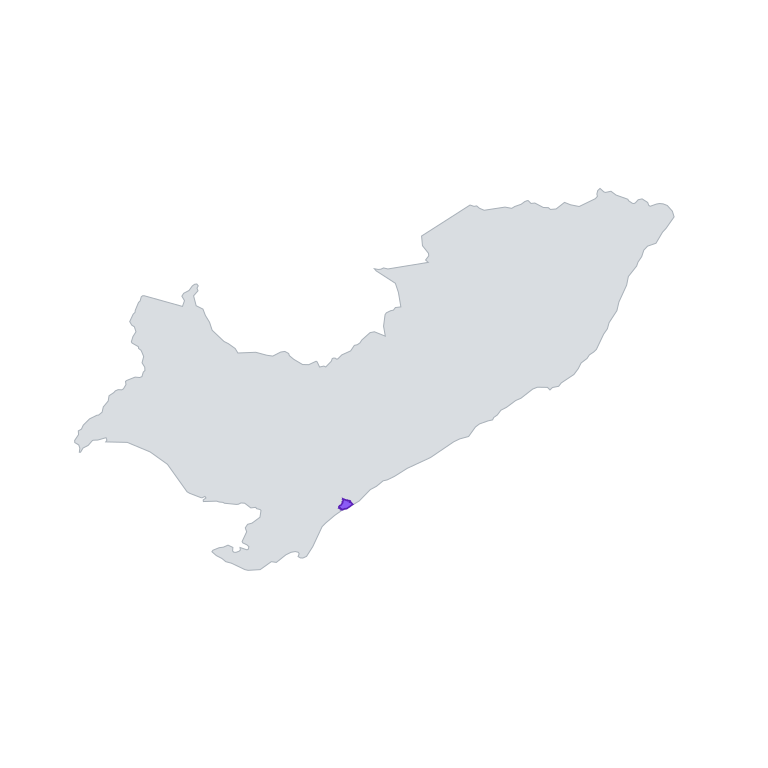 location of Pacasmayo, La Libertad, Peru, rotated 260°
{"feature_id": "86281439B1064179091614", "entity_name": "Pacasmayo", "entity_type": "district", "adm_level": 2, "iso_a3": "PER", "parent_name": "Peru", "parent_adm1": "La Libertad", "projection": "equal_earth", "projection_center": [-79.413, -7.429], "detail": "fine", "context": "in_parent", "style": "filled", "palette": "violet", "viewbox_px": 768, "rotation_deg": 260, "n_neighbors": 0, "source": "geoboundaries", "source_scale": "gbopen_adm2", "svg_char_len": 6274}
<svg xmlns="http://www.w3.org/2000/svg" viewBox="0 0 768 768"><g transform="rotate(260 384 384)"><path d="M515.1,214.8L515.0,217.0L512.9,218.1L510.9,216.5L508.1,217.0L503.9,211.8L493.7,212.6L489.2,218.7L482.5,220.0L475.1,222.9L466.8,224.1L453.7,233.8L450.7,237.8L444.8,243.6L439.9,245.5L437.5,263.2L432.7,273.5L430.8,279.3L433.4,287.8L433.3,292.0L430.6,295.4L428.4,295.7L424.0,299.4L417.3,307.2L416.1,313.2L418.2,321.1L417.4,322.0L411.9,323.5L412.1,327.9L410.9,329.6L415.5,336.0L418.1,337.5L418.3,339.1L417.8,340.7L416.8,341.4L416.7,342.8L420.0,347.5L422.4,356.9L427.2,361.5L427.3,364.5L428.7,367.5L431.2,369.8L437.0,379.2L437.1,383.6L430.9,393.6L441.0,393.6L452.1,397.1L453.7,398.7L455.0,403.2L455.1,406.1L457.3,408.5L457.0,414.0L471.7,414.1L481.2,412.7L496.7,396.0L499.2,394.5L497.8,398.2L497.6,400.9L498.4,403.7L496.6,407.8L496.1,448.7L498.9,446.5L502.4,450.3L505.0,450.5L513.5,445.9L523.2,446.7L545.3,499.8L543.3,503.5L543.3,506.2L540.5,508.5L537.7,512.8L537.2,533.9L534.8,540.3L536.1,543.6L537.2,550.3L539.2,554.3L539.7,556.9L539.5,557.9L536.3,560.1L536.0,564.0L530.2,571.5L529.1,576.5L527.0,578.2L526.5,583.9L531.5,593.3L528.1,598.8L524.9,607.0L529.8,624.3L531.8,626.8L534.1,626.6L537.4,628.1L539.1,630.7L534.9,634.0L534.2,635.4L534.4,641.0L529.8,645.3L523.6,656.2L522.0,656.7L518.8,660.0L518.3,661.6L518.8,663.1L521.3,666.3L521.5,670.3L517.0,675.2L514.0,675.7L512.8,677.0L513.9,683.6L513.9,686.7L512.9,690.2L510.6,694.0L504.1,698.0L498.2,698.7L488.3,688.8L485.2,684.7L475.4,676.3L474.0,667.5L470.7,663.1L464.7,659.9L459.9,655.3L456.3,653.3L447.4,643.3L439.2,640.1L424.0,629.6L415.8,626.1L405.3,616.3L399.6,613.6L395.0,609.0L381.2,599.2L379.1,596.1L377.0,591.3L373.9,588.4L370.5,581.8L365.3,577.9L360.4,572.7L354.3,558.8L351.4,555.6L351.3,549.3L349.3,546.4L352.3,544.4L354.2,534.5L353.2,529.6L346.2,516.4L344.9,510.9L339.8,500.7L337.9,494.6L333.8,490.2L332.0,486.3L329.8,484.7L329.6,480.0L328.1,471.1L325.8,466.6L317.6,458.2L316.8,449.1L315.0,442.7L303.5,417.0L296.9,392.2L291.3,378.5L289.0,370.5L288.8,366.3L284.6,358.9L282.4,352.2L273.1,339.3L267.6,324.9L266.9,320.6L263.2,312.7L257.2,302.4L254.3,298.3L236.2,285.6L227.7,277.8L226.7,273.9L227.2,271.5L229.0,269.4L231.6,271.0L233.2,270.3L234.4,267.5L234.4,263.2L232.8,257.7L227.0,247.0L228.6,242.2L222.7,229.8L224.1,217.8L225.4,214.7L234.1,202.5L236.5,197.3L240.3,194.1L244.1,189.1L248.7,185.4L250.0,186.7L251.4,193.2L251.2,197.5L252.4,202.4L249.3,206.8L245.8,205.9L244.4,206.9L243.9,209.0L244.5,212.3L245.4,213.7L248.0,213.8L244.5,220.2L244.7,221.5L247.2,222.7L249.5,221.0L252.0,217.4L253.5,216.9L262.3,223.1L266.4,222.4L269.5,225.3L269.9,229.8L274.3,238.7L280.8,240.9L281.9,240.2L283.4,236.8L284.8,236.3L285.1,231.3L290.8,226.1L291.7,222.5L290.9,219.9L291.0,217.9L294.3,206.1L295.4,204.9L296.4,201.2L297.7,198.9L299.6,185.7L301.2,185.8L302.7,188.9L304.4,188.1L303.5,185.1L303.8,184.1L310.1,173.6L312.1,171.3L342.5,156.8L357.7,141.9L371.1,121.0L375.3,99.9L376.8,101.4L379.4,100.9L378.5,92.4L379.1,88.3L379.0,87.1L374.9,82.0L373.2,76.5L369.5,73.3L369.7,72.1L373.6,73.3L377.0,72.8L380.0,69.3L382.2,69.6L387.2,74.4L390.9,74.8L392.1,78.2L395.7,80.7L400.8,88.0L403.1,95.9L402.9,97.4L405.2,101.5L410.2,103.6L415.1,109.4L420.2,111.2L422.5,116.5L423.9,118.2L424.6,121.2L423.8,124.7L424.5,126.6L428.3,129.8L431.5,129.9L432.2,131.4L434.0,140.1L432.8,144.5L433.3,146.9L437.5,149.0L438.8,150.9L442.1,151.3L446.9,149.4L452.8,152.1L457.4,151.1L459.5,150.5L461.6,148.5L463.4,148.6L468.1,143.0L469.4,142.5L474.3,145.0L478.5,148.8L483.7,148.1L485.8,145.8L489.6,144.4L496.3,149.1L497.8,151.3L499.7,151.8L506.9,156.4L508.2,158.3L512.0,160.1L512.8,161.6L512.5,163.3L495.4,199.0L500.7,202.0L505.6,200.2L508.1,202.5L510.0,208.3L513.8,212.2L515.1,214.8Z" fill="#d9dde1" stroke="#a8b0b8" stroke-width="1"/><path d="M277.9,323.9L278.0,323.8L278.0,323.7L277.9,323.6L278.0,323.5L277.9,323.5L277.8,323.4L277.7,323.3L277.6,323.5L277.4,323.6L277.2,323.7L277.1,323.8L276.9,323.9L276.7,323.9L276.4,323.8L276.4,323.7L276.2,323.7L276.0,323.3L275.9,323.2L275.7,323.1L275.6,322.9L275.6,322.7L275.4,322.5L275.3,322.4L275.2,322.4L275.2,322.5L274.9,322.8L274.7,322.8L274.5,322.7L274.3,322.7L274.2,322.7L274.1,322.4L274.0,322.2L273.8,322.1L273.7,322.1L273.4,322.0L273.4,321.9L273.3,321.7L273.2,321.5L272.9,321.2L272.7,321.0L272.4,320.9L272.3,320.7L272.2,320.6L272.1,320.4L272.0,320.2L272.0,319.9L272.0,319.7L271.9,319.6L271.9,319.4L271.9,319.2L271.7,319.1L271.5,318.8L271.4,318.7L271.1,318.4L271.0,318.2L270.9,318.2L270.7,318.2L270.7,318.3L270.4,318.3L270.4,318.2L270.2,318.1L270.3,318.4L270.2,318.5L269.9,318.5L269.9,318.8L269.8,319.0L269.7,319.3L269.4,319.3L269.4,319.2L269.2,319.1L268.9,319.0L268.9,318.9L268.8,319.0L268.8,319.3L268.7,319.5L268.7,319.4L268.7,319.5L268.6,319.9L268.6,320.1L268.5,320.3L268.4,320.4L268.2,320.3L268.0,320.2L267.9,320.3L267.8,320.2L267.8,320.3L267.7,320.3L267.5,320.2L267.4,320.3L267.4,320.2L267.4,320.3L267.4,320.5L267.5,320.6L267.5,320.8L267.6,321.0L267.7,321.4L267.7,321.5L267.6,321.8L267.6,322.0L267.6,322.3L267.7,322.6L267.7,322.8L267.8,322.8L268.0,323.2L268.0,323.3L268.1,323.6L268.1,323.9L268.1,324.0L268.0,324.3L267.9,324.5L267.7,324.7L267.6,324.8L267.7,325.0L267.8,325.3L267.8,325.5L267.9,325.8L267.9,326.0L268.0,326.1L267.9,326.3L268.0,326.4L268.1,326.7L268.2,326.8L268.3,326.9L268.4,327.1L268.6,327.4L268.7,327.6L268.7,327.8L268.8,327.9L268.8,328.0L268.9,328.3L269.0,328.6L269.1,328.9L269.2,329.0L269.7,329.8L269.8,329.9L269.9,330.1L270.0,330.2L270.0,330.3L270.0,330.5L270.2,330.8L270.5,331.4L270.6,331.5L270.7,331.8L270.8,331.9L271.0,332.2L271.0,332.3L272.9,331.1L273.0,330.9L273.1,330.7L273.2,330.4L273.3,330.3L273.3,330.2L273.4,329.9L273.5,329.9L273.6,329.7L273.7,329.8L273.8,329.9L273.8,330.0L274.0,330.2L274.0,330.4L274.1,330.5L274.2,330.4L274.3,330.4L274.5,330.4L274.6,330.5L274.8,330.4L274.8,330.0L274.9,329.9L275.0,329.7L275.0,329.4L275.3,329.3L275.3,329.2L275.2,329.1L275.2,328.9L275.3,328.9L275.3,328.7L275.2,328.6L275.2,328.4L275.2,328.2L275.3,328.0L275.5,328.2L275.8,327.9L276.0,327.9L276.0,327.7L275.9,327.5L275.9,327.4L276.0,327.1L276.2,326.7L276.2,326.4L276.3,326.4L276.5,326.4L276.6,326.2L276.7,325.9L276.8,325.6L276.9,325.4L277.0,325.2L277.3,325.0L277.3,324.9L277.4,324.7L277.5,324.5L277.4,324.3L277.5,324.2L277.8,323.9L277.9,323.9Z" fill="#8b5cf6" stroke="#5b21b6" stroke-width="1.5"/></g></svg>